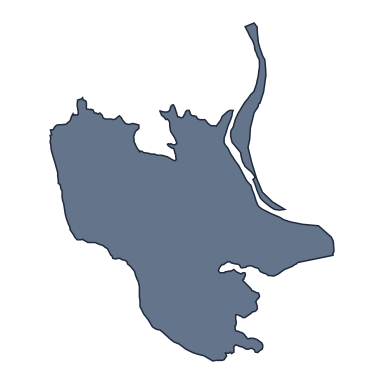 Al-Qusia, Asyut, Egypt
{"feature_id": "37247803B63984136807861", "entity_name": "Al-Qusia", "entity_type": "district", "adm_level": 2, "iso_a3": "EGY", "parent_name": "Egypt", "parent_adm1": "Asyut", "projection": "mercator", "projection_center": [30.825, 27.426], "detail": "fine", "context": "isolated", "style": "filled", "palette": "slate", "viewbox_px": 384, "rotation_deg": 0, "n_neighbors": 0, "source": "geoboundaries", "source_scale": "gbopen_adm2", "svg_char_len": 6021}
<svg xmlns="http://www.w3.org/2000/svg" viewBox="0 0 384 384"><path d="M233.2,110.4L229.8,110.4L227.6,111.5L223.3,115.4L222.2,116.4L221.1,119.2L220.6,120.3L217.3,124.6L216.4,126.2L214.1,125.7L210.8,125.7L208.1,123.5L204.9,119.7L200.0,119.7L198.4,119.1L197.8,119.1L196.2,116.4L194.6,115.9L193.5,115.9L191.4,115.3L190.3,113.7L189.7,111.5L189.2,110.4L187.0,110.4L185.4,112.0L184.9,114.2L184.3,114.7L183.2,116.9L182.2,117.5L181.6,118.0L178.9,116.9L177.8,116.9L176.7,113.6L176.7,113.1L176.2,112.0L175.7,110.4L175.1,108.2L173.5,104.9L172.4,104.9L170.8,106.5L169.7,110.3L168.6,111.4L167.0,112.0L163.8,112.0L160.0,110.9L160.0,111.4L161.0,113.6L161.6,115.3L163.2,116.4L164.3,117.5L165.9,119.6L167.5,119.1L169.2,121.3L169.7,122.9L169.7,125.7L170.2,128.9L170.2,129.5L170.8,131.7L174.0,136.6L175.7,139.9L176.2,141.5L176.7,142.6L176.7,143.7L176.2,143.7L175.7,144.3L174.6,144.8L173.0,144.8L170.8,143.7L170.2,144.2L168.6,143.7L167.5,144.2L167.5,144.8L169.2,146.4L170.8,147.5L171.9,148.1L174.0,148.6L174.0,149.7L174.6,151.4L175.1,153.5L175.7,154.6L175.7,156.8L176.2,159.0L176.2,159.6L175.1,160.7L173.0,160.1L169.2,157.9L167.5,156.8L161.6,155.2L157.3,155.2L154.6,154.1L151.3,154.1L147.5,153.0L145.9,153.0L143.2,152.4L142.1,151.3L139.9,151.3L139.4,150.2L139.4,151.3L136.7,147.5L134.0,141.5L134.0,138.7L133.5,137.1L135.1,132.2L136.7,130.0L137.2,130.0L138.9,128.4L138.9,125.1L137.2,124.5L132.9,123.4L131.3,124.0L130.2,124.0L129.1,124.5L127.0,124.0L125.3,123.4L122.6,120.1L121.5,117.9L119.4,115.8L117.2,117.4L115.6,119.0L113.4,119.6L110.7,119.0L105.3,119.0L103.1,117.9L102.1,115.2L99.9,113.0L98.8,113.5L98.3,114.1L96.1,113.0L94.5,113.0L92.9,109.7L91.8,109.7L90.7,109.2L90.1,109.7L88.5,109.2L86.9,109.2L86.4,108.6L86.4,102.6L85.8,101.0L84.7,100.4L83.1,99.9L82.6,97.7L80.9,99.3L79.9,99.3L77.4,100.2L77.7,100.9L77.2,103.1L77.2,106.4L77.7,108.1L77.7,109.2L78.2,111.3L78.2,114.1L77.2,114.6L77.2,115.2L76.1,115.2L74.5,114.6L73.4,115.2L73.0,113.8L72.0,115.6L71.4,116.6L70.9,118.3L70.9,118.8L69.8,121.0L69.3,121.6L67.6,122.7L66.0,124.3L59.5,124.8L57.9,124.8L56.3,125.4L54.7,127.0L53.0,129.8L50.9,129.8L50.4,130.0L51.7,134.8L50.1,135.4L50.7,138.1L50.1,142.5L50.7,144.1L51.2,149.6L52.8,155.6L55.0,162.7L57.7,172.6L57.7,175.3L58.3,180.7L58.3,183.5L58.8,183.5L60.4,185.1L60.4,186.2L61.0,189.0L62.1,191.1L62.1,197.2L62.6,200.4L63.7,203.7L65.3,214.1L66.4,218.5L68.6,224.5L69.7,226.7L70.2,229.9L72.9,233.8L75.1,237.6L77.2,239.8L81.0,239.8L82.1,239.2L88.0,242.5L95.1,242.5L98.9,244.2L102.7,245.3L105.4,247.5L107.5,248.6L110.8,255.1L111.8,255.7L112.9,258.4L115.1,258.9L115.6,258.9L117.8,258.4L120.0,258.4L121.6,259.5L123.2,260.0L124.3,260.0L126.2,261.1L127.0,261.7L127.5,263.9L130.8,266.6L132.4,268.8L132.9,269.3L134.6,271.5L135.6,275.4L137.3,279.7L138.4,281.9L139.4,286.8L139.4,296.7L140.0,300.5L140.0,306.5L143.8,314.1L148.1,319.6L152.4,326.7L154.6,328.4L157.3,329.5L160.0,330.0L162.7,332.2L168.1,337.1L169.2,338.2L171.9,340.4L174.0,342.0L179.4,344.2L185.9,349.2L192.6,352.5L197.3,354.1L203.8,355.7L212.4,360.7L212.8,361.0L215.7,360.4L217.1,360.3L219.1,360.5L220.0,360.1L221.2,360.5L222.7,360.2L224.2,359.6L226.6,356.0L225.4,353.0L228.6,353.3L230.4,352.1L231.5,353.6L233.9,352.1L233.9,351.4L233.9,346.6L234.8,345.6L236.2,344.8L238.6,346.0L240.0,346.5L241.1,346.8L241.8,346.6L244.1,348.0L246.2,349.2L248.8,349.1L250.8,348.2L252.4,348.7L253.5,349.2L254.6,350.3L255.3,352.1L256.7,352.4L257.8,352.5L260.0,350.4L262.1,349.3L262.7,347.6L262.7,344.9L261.6,342.7L260.5,342.2L260.0,341.6L258.3,340.5L256.7,339.4L253.5,338.3L249.7,338.3L248.1,338.9L246.5,337.8L246.5,337.2L245.4,336.1L244.8,335.0L243.2,333.4L241.1,332.3L240.0,332.3L238.3,331.2L236.2,331.2L235.1,329.0L235.1,325.8L235.6,325.7L236.2,323.6L236.2,321.4L235.7,319.2L235.7,314.8L237.8,314.8L240.0,315.9L241.6,316.5L242.7,317.6L244.8,317.6L249.7,314.3L253.0,311.6L254.6,311.6L256.2,310.5L257.3,308.9L257.3,306.7L256.2,302.9L256.2,302.3L255.7,301.8L256.7,300.1L257.3,299.0L258.4,298.5L258.9,297.4L259.4,296.8L259.4,295.2L258.9,294.7L258.9,294.0L258.4,293.0L256.2,292.5L253.0,290.8L251.9,290.8L250.8,288.6L242.7,280.4L243.2,279.3L243.8,279.3L244.3,277.2L244.9,276.6L245.4,275.0L245.4,274.4L244.9,272.8L242.7,272.8L241.1,273.9L239.5,273.3L237.3,272.2L236.8,272.2L234.0,269.5L230.8,271.1L228.6,271.1L227.0,271.7L225.4,271.7L224.3,272.8L220.0,272.7L218.4,271.1L218.4,270.5L218.9,269.5L219.5,267.8L220.5,266.2L222.2,264.6L223.8,264.6L224.9,263.5L225.9,262.9L227.6,261.8L229.7,261.8L231.3,262.9L235.7,264.0L237.4,264.1L238.9,264.6L240.0,265.7L240.5,267.3L241.6,267.9L245.4,267.3L245.9,267.3L247.0,266.2L250.8,265.7L252.4,266.2L254.6,267.3L258.4,268.4L260.0,271.2L260.5,271.7L264.3,273.4L266.5,273.9L268.1,275.6L270.8,275.6L273.5,276.1L276.2,275.0L278.4,273.9L282.7,270.7L284.3,269.6L292.4,266.3L294.6,264.7L296.4,263.9L297.8,262.5L333.0,255.3L332.8,253.4L333.5,252.7L333.9,251.6L333.9,249.7L333.3,241.3L331.3,237.1L318.5,225.8L302.4,224.3L290.4,221.9L283.9,219.8L279.7,217.3L270.1,213.2L261.6,208.8L259.1,206.8L258.0,205.5L256.1,201.1L254.2,194.7L252.1,189.4L250.9,185.3L249.0,183.5L246.4,180.3L238.8,165.8L236.0,162.1L230.9,154.3L227.7,148.0L225.1,144.8L224.1,142.6L224.1,140.2L224.2,137.6L225.9,133.0L227.9,126.1L229.7,122.0L231.7,116.7L232.6,111.7L233.2,110.4ZM284.8,209.4L272.5,201.9L262.4,192.2L256.7,178.7L251.7,162.6L248.0,147.4L249.7,139.3L250.4,127.9L254.1,112.8L255.2,111.0L257.9,107.2L258.7,103.8L260.0,103.1L263.6,91.8L265.9,75.3L265.5,67.2L264.8,59.7L262.8,56.3L259.8,47.9L258.3,42.0L257.3,32.0L257.1,27.0L254.1,23.0L245.1,26.7L248.1,32.4L249.9,36.3L252.7,40.9L254.4,45.5L254.8,49.5L256.5,53.4L257.4,56.1L259.3,59.7L259.5,66.9L258.8,70.9L258.3,75.9L257.4,79.5L256.4,84.4L253.9,91.5L250.7,94.6L248.1,98.4L244.6,102.6L238.0,113.5L235.1,120.1L233.2,127.1L231.1,130.4L230.6,133.6L230.7,136.6L232.1,142.3L237.3,148.5L240.6,152.6L241.2,156.6L242.6,161.6L245.1,166.5L248.2,169.3L251.1,171.7L253.2,174.2L254.9,176.8L254.6,178.1L252.9,179.5L254.9,183.8L257.2,190.8L260.4,198.0L262.5,200.4L266.9,204.1L270.5,206.9L274.2,209.3L279.3,210.1L284.8,209.4Z" fill="#64748b" stroke="#1e293b" stroke-width="1.5"/></svg>